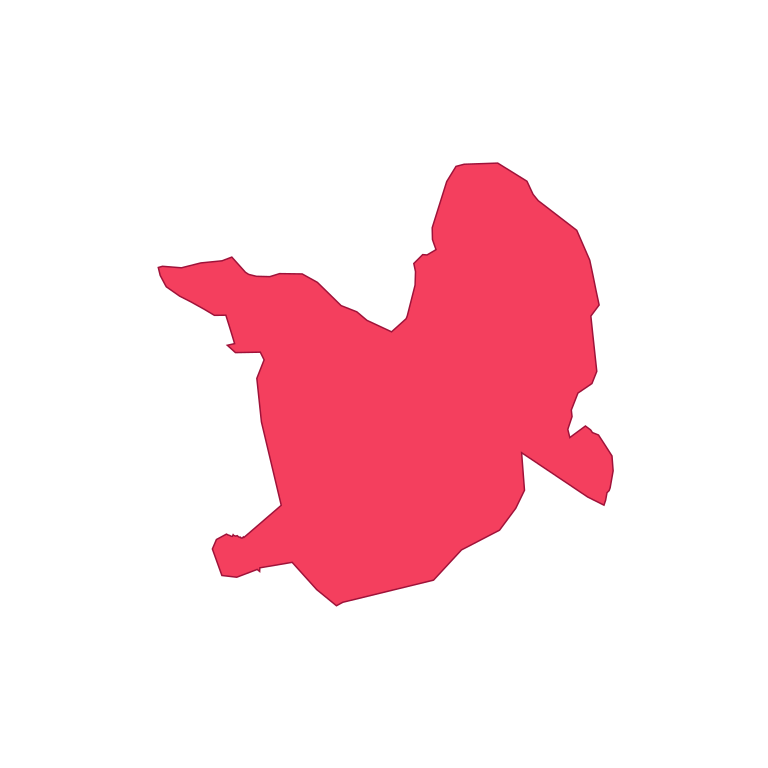 outline of Charles, Maryland, United States of America, rotated 141°
{"feature_id": "52423323B57744592027693", "entity_name": "Charles", "entity_type": "district", "adm_level": 2, "iso_a3": "USA", "parent_name": "United States of America", "parent_adm1": "Maryland", "projection": "albers", "projection_center": [-76.955, 38.48], "detail": "fine", "context": "isolated", "style": "filled", "palette": "rose", "viewbox_px": 768, "rotation_deg": 141, "n_neighbors": 0, "source": "geoboundaries", "source_scale": "gbopen_adm2", "svg_char_len": 1635}
<svg xmlns="http://www.w3.org/2000/svg" viewBox="0 0 768 768"><g transform="rotate(141 384 384)"><path d="M621.2,363.8L630.5,337.2L620.0,326.5L599.9,319.9L599.3,319.8L598.6,316.6L596.2,319.3L567.6,303.2L565.7,266.6L560.5,241.6L553.4,240.3L468.9,200.4L428.2,206.3L386.2,197.7L359.8,204.5L341.7,213.0L320.3,244.0L296.8,167.9L289.3,151.4L284.9,154.2L279.1,159.2L276.1,159.5L273.6,161.0L260.6,172.3L252.1,184.6L250.5,198.9L249.4,209.4L252.6,215.1L252.3,218.2L253.9,224.6L269.5,225.3L273.3,225.4L269.7,233.1L258.4,240.3L254.8,245.9L239.0,254.9L222.1,253.5L210.7,259.9L189.6,292.6L180.5,306.6L176.2,307.7L167.1,310.0L160.4,323.2L153.2,337.0L146.2,350.7L137.5,382.1L148.8,429.5L148.8,437.6L145.3,451.6L156.6,484.1L183.5,504.4L191.1,507.8L207.8,501.9L248.2,475.1L255.4,465.8L256.9,461.7L259.0,455.7L269.3,457.2L272.5,460.2L285.0,458.9L288.8,451.5L297.6,441.3L322.9,422.4L324.6,421.4L325.8,420.8L345.1,419.8L345.3,419.8L357.2,444.2L359.7,457.2L368.0,471.9L371.8,504.9L378.3,521.0L395.7,535.5L405.2,539.3L415.4,548.0L419.4,553.3L420.2,554.4L421.4,558.1L421.4,558.3L422.4,578.4L432.4,581.7L450.2,593.4L466.6,601.0L468.2,601.7L482.1,614.9L486.1,616.6L489.6,609.2L491.8,597.9L492.0,596.5L487.5,580.8L482.4,569.4L476.6,555.0L472.6,544.1L463.6,537.0L468.5,524.6L472.3,515.2L474.7,509.4L481.4,512.7L479.7,501.9L460.1,486.6L462.0,478.2L479.3,468.4L503.1,431.7L540.2,354.4L589.4,352.9L589.5,353.7L590.8,353.4L591.9,354.1L592.0,355.9L592.3,355.2L593.3,356.9L593.5,358.5L595.0,359.1L596.1,360.9L596.1,361.8L597.7,361.0L598.6,361.8L599.2,363.3L600.3,365.0L600.9,366.5L612.1,368.6L621.2,363.8Z" fill="#f43f5e" stroke="#9f1239" stroke-width="1.5"/></g></svg>